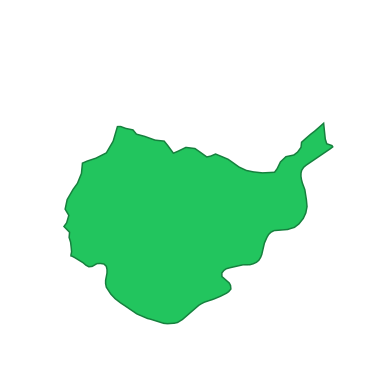 outline of Yodok, Hamgyŏng-namdo, North Korea, rotated 215°
{"feature_id": "82179303B84023939599766", "entity_name": "Yodok", "entity_type": "district", "adm_level": 2, "iso_a3": "PRK", "parent_name": "North Korea", "parent_adm1": "Hamgyŏng-namdo", "projection": "equal_earth", "projection_center": [126.887, 39.62], "detail": "fine", "context": "isolated", "style": "filled", "palette": "green", "viewbox_px": 384, "rotation_deg": 215, "n_neighbors": 0, "source": "geoboundaries", "source_scale": "gbopen_adm2", "svg_char_len": 1753}
<svg xmlns="http://www.w3.org/2000/svg" viewBox="0 0 384 384"><g transform="rotate(215 192 192)"><path d="M254.4,70.2L253.6,70.6L250.5,71.0L240.6,71.6L236.9,71.2L233.6,71.6L231.1,73.8L228.8,78.8L226.1,80.9L222.9,82.5L219.6,82.0L217.1,79.7L215.1,76.8L212.1,70.1L210.3,67.5L207.6,64.9L199.9,61.8L193.7,60.5L186.7,60.2L183.0,60.3L167.4,60.5L164.3,61.1L155.8,62.9L153.1,64.0L139.8,68.2L136.5,70.1L131.2,74.4L129.0,76.8L126.7,82.1L121.5,103.0L120.4,105.6L118.7,108.8L112.5,117.2L108.8,123.1L105.7,128.9L104.8,131.4L104.5,134.8L106.8,137.5L109.2,138.8L119.0,139.9L121.1,142.8L120.9,146.1L119.9,148.8L117.6,151.6L108.5,161.6L102.9,165.6L100.7,168.3L98.9,171.4L98.1,174.4L98.3,177.8L99.0,180.8L103.4,191.7L104.6,197.7L104.9,201.1L104.3,204.3L102.6,207.5L92.1,216.2L90.4,218.5L87.8,221.8L86.1,227.3L85.7,234.2L86.8,240.2L89.4,246.0L93.8,251.2L100.9,258.6L106.8,262.7L109.4,264.9L111.8,267.4L113.6,270.1L114.6,272.7L114.7,276.3L113.9,279.4L103.5,306.8L102.6,309.7L104.0,310.3L109.3,308.8L113.2,311.8L117.1,316.3L123.6,323.8L125.0,317.9L126.5,311.9L127.9,307.5L129.4,301.5L130.8,295.6L128.3,291.1L128.4,285.2L129.8,280.7L135.3,274.8L136.8,267.4L135.6,260.0L135.7,255.5L145.2,248.1L153.2,243.7L159.9,240.8L167.9,239.4L175.9,239.5L181.2,239.5L187.8,238.1L193.2,236.9L194.5,236.6L197.2,232.2L200.0,229.2L207.9,229.3L214.5,229.3L222.6,225.0L226.7,217.6L229.5,213.1L238.7,216.2L244.0,217.7L252.0,213.3L262.7,210.4L270.7,207.5L276.0,209.0L282.7,206.1L288.0,204.7L290.6,202.8L285.7,188.3L284.6,174.9L290.1,164.6L295.6,157.2L298.3,152.8L293.2,143.8L290.8,133.4L290.9,126.0L289.9,114.2L286.1,105.2L279.5,102.2L277.0,94.8L277.1,90.3L269.2,88.8L266.6,84.3L262.7,81.3L258.8,76.9L256.3,73.9L255.0,70.9L254.4,70.2Z" fill="#22c55e" stroke="#15803d" stroke-width="1.5"/></g></svg>